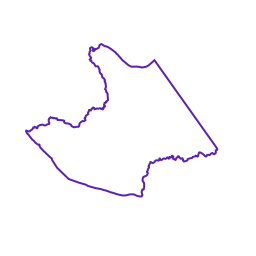 Lalay Gash, Gash Barka, Eritrea, rotated 297°
{"feature_id": "51966322B3150290200372", "entity_name": "Lalay Gash", "entity_type": "district", "adm_level": 2, "iso_a3": "ERI", "parent_name": "Eritrea", "parent_adm1": "Gash Barka", "projection": "albers", "projection_center": [37.404, 14.623], "detail": "fine", "context": "isolated", "style": "outline", "palette": "violet", "viewbox_px": 256, "rotation_deg": 297, "n_neighbors": 0, "source": "geoboundaries", "source_scale": "gbopen_adm2", "svg_char_len": 5708}
<svg xmlns="http://www.w3.org/2000/svg" viewBox="0 0 256 256"><g transform="rotate(297 128 128)"><path d="M79.4,38.5L78.7,38.8L77.8,39.8L77.2,41.0L77.0,42.1L76.2,43.8L75.6,44.9L74.1,48.1L73.9,49.6L73.6,50.6L73.0,51.6L72.4,54.8L72.4,55.6L72.9,56.4L72.9,56.7L71.7,57.5L71.3,57.9L70.4,59.6L70.2,60.4L68.9,63.9L68.8,64.9L68.4,65.9L66.8,71.2L66.3,73.8L65.0,75.0L60.4,82.8L55.6,98.3L57.0,109.0L58.4,116.4L58.2,118.7L59.8,126.8L60.3,128.4L60.7,129.5L61.2,131.2L61.8,135.1L62.3,136.5L62.3,137.6L62.7,139.7L62.8,141.4L63.5,144.5L63.9,147.3L64.4,150.0L65.3,153.5L66.3,155.5L67.3,157.1L69.3,159.3L70.6,161.4L71.6,163.7L71.6,166.4L72.1,168.8L72.7,170.4L73.2,171.1L73.5,171.0L74.3,171.3L74.8,171.3L77.0,169.3L79.2,168.7L79.6,168.8L79.7,169.3L80.3,169.4L80.6,169.8L80.8,169.8L83.3,169.0L84.3,168.3L85.2,168.1L85.9,167.4L86.4,167.2L86.6,166.9L86.9,166.4L87.0,165.7L87.5,165.0L88.2,164.8L88.8,164.4L89.8,164.0L90.8,163.9L91.3,164.0L91.9,164.4L93.7,165.9L94.7,166.3L95.9,166.3L96.8,166.1L97.1,165.8L97.4,164.9L97.7,164.7L99.2,164.9L99.6,164.7L100.0,164.5L101.5,164.6L101.8,164.7L102.5,164.6L102.8,164.5L103.0,163.8L103.6,163.6L106.3,163.6L107.1,163.7L107.8,163.5L108.0,164.0L107.9,165.0L108.0,165.9L108.5,166.5L109.6,167.0L110.6,167.1L111.7,167.5L112.1,167.9L112.6,169.0L112.6,169.8L113.2,170.3L113.6,170.4L114.8,169.9L115.2,170.0L115.3,170.2L115.3,170.5L114.6,171.2L114.4,171.5L114.6,172.3L114.8,172.5L116.7,173.4L117.4,174.2L117.4,175.0L117.5,175.4L118.2,175.9L119.5,176.3L119.7,176.5L119.7,177.1L119.4,177.5L119.3,177.9L119.2,178.2L119.4,178.5L119.6,178.6L120.1,178.7L120.6,178.3L121.0,178.2L121.2,178.5L121.3,179.4L121.8,180.2L122.2,180.3L123.2,179.8L123.4,180.0L123.3,180.7L123.1,181.3L122.7,181.5L121.4,181.9L121.1,182.1L121.1,182.5L121.3,183.0L121.3,183.6L121.3,183.9L121.1,184.2L121.0,184.5L121.1,184.8L121.4,184.9L122.5,184.8L123.7,184.8L124.1,185.0L124.6,185.6L124.9,185.7L125.5,185.5L125.7,185.9L125.7,186.3L125.3,186.8L124.9,187.6L124.6,189.0L124.8,189.4L125.5,189.8L125.7,190.4L124.9,191.3L124.5,191.7L124.1,191.8L123.6,192.6L123.5,192.9L123.6,193.2L124.3,194.0L126.0,195.5L126.3,195.6L127.4,195.4L127.7,195.5L129.1,197.1L129.6,197.6L130.0,198.2L130.3,198.6L131.5,198.8L131.9,199.1L133.2,200.7L134.1,200.9L134.2,201.2L134.0,202.7L134.1,202.9L134.7,203.2L135.1,203.2L136.4,202.7L138.4,202.5L138.9,203.0L139.0,203.6L138.9,206.1L138.5,207.7L138.5,208.0L138.2,208.4L137.9,209.5L138.0,210.5L138.3,210.7L139.8,210.7L140.0,210.9L140.4,211.4L140.7,212.5L140.9,212.9L141.8,213.4L142.4,213.4L142.8,213.5L144.0,214.5L144.0,214.9L143.6,216.0L143.9,216.8L144.9,217.2L145.5,217.2L145.8,217.5L147.2,216.8L147.5,216.5L148.0,216.5L148.5,216.6L148.8,217.2L149.3,217.3L149.9,216.7L150.2,216.7L200.4,120.8L193.5,118.1L191.5,116.8L190.2,115.7L189.8,115.0L188.3,113.1L188.1,112.6L188.1,111.9L187.6,110.9L187.6,110.0L186.9,108.8L186.7,107.8L186.4,107.4L185.5,105.8L185.0,104.8L184.8,104.5L184.5,103.8L184.2,103.3L184.1,101.4L184.2,99.7L185.7,93.2L185.9,92.1L187.3,89.0L187.9,87.2L188.6,85.8L189.1,83.6L189.6,82.8L189.8,82.3L190.1,80.4L190.7,76.8L191.0,73.7L190.7,70.9L190.3,70.1L190.5,68.3L190.7,67.5L190.7,66.1L189.4,65.2L188.8,65.0L188.6,65.2L188.0,65.3L186.4,65.4L185.9,65.3L184.2,64.1L183.6,63.2L182.5,63.1L181.1,62.6L180.9,62.3L180.8,61.8L181.0,61.4L181.9,61.2L183.2,61.5L183.3,61.2L183.5,59.4L183.4,58.9L183.2,58.7L182.1,58.1L181.7,58.0L181.4,58.2L180.6,58.8L180.2,59.3L178.9,59.4L178.3,59.2L177.0,60.0L176.5,59.8L175.9,60.0L175.6,60.2L174.8,61.3L173.9,63.2L173.4,63.3L171.7,62.9L171.6,63.2L171.6,63.5L171.0,63.9L171.4,64.4L171.0,65.1L170.6,65.4L170.1,66.3L170.0,66.8L170.1,67.8L169.9,68.7L168.6,70.5L168.3,71.2L168.5,71.6L169.1,72.6L169.2,73.1L169.1,73.7L168.8,74.0L167.7,75.1L167.7,75.3L167.1,76.3L165.3,77.0L164.6,78.1L164.0,78.5L163.9,78.8L164.0,79.6L163.9,80.0L163.6,80.4L162.8,81.0L162.2,81.7L161.4,82.2L161.3,83.5L160.8,84.8L160.5,85.4L160.2,85.6L159.3,85.7L159.2,85.8L159.1,86.3L157.9,87.1L157.8,87.5L157.7,87.8L156.3,88.5L155.6,89.1L154.6,89.7L152.2,90.0L151.9,91.0L151.7,91.2L150.2,92.3L150.1,93.2L149.6,93.6L149.4,94.1L149.0,94.3L148.5,94.8L148.1,94.8L144.4,97.2L143.8,97.5L143.5,97.5L141.6,96.5L141.4,96.6L141.3,96.8L141.2,97.0L140.9,97.0L139.7,95.8L137.5,96.2L137.4,96.3L137.6,96.5L137.4,97.1L136.9,97.7L136.1,97.2L135.9,97.0L135.5,96.9L135.2,97.2L134.4,97.2L133.2,97.1L133.1,96.9L133.7,96.0L133.5,95.9L133.0,95.8L132.9,95.7L132.8,95.3L132.9,94.4L132.8,94.1L132.6,93.6L131.9,93.1L131.7,92.8L131.2,91.4L131.0,91.0L130.6,90.7L130.2,90.6L129.5,89.6L130.5,88.6L130.4,87.7L129.8,87.3L128.8,87.2L128.0,86.9L126.8,86.9L126.7,86.6L126.9,86.2L126.4,85.2L126.2,85.2L125.8,85.4L124.7,85.6L124.3,85.4L123.6,85.4L123.2,85.6L122.4,86.2L121.8,85.9L121.2,85.7L120.1,85.0L118.9,85.0L118.0,85.3L117.2,84.9L116.8,85.1L116.6,85.7L115.7,86.5L115.5,86.4L115.0,86.1L114.3,85.9L114.1,85.8L113.9,85.4L113.7,84.7L113.4,84.2L112.0,83.4L110.9,83.0L109.9,82.8L109.1,83.0L108.1,83.5L107.8,83.6L107.3,83.6L106.6,83.3L106.0,82.0L104.3,79.9L104.2,79.6L104.2,79.1L104.0,78.1L104.1,76.9L104.2,76.6L105.0,75.8L105.0,74.3L104.9,72.9L104.8,72.5L104.6,71.9L104.1,71.0L103.9,69.7L103.9,68.9L104.0,68.6L104.2,68.4L105.5,67.8L105.3,66.5L105.1,66.0L104.8,65.7L104.7,64.8L104.1,63.8L103.8,62.7L103.2,61.8L103.2,61.5L104.0,60.8L104.2,60.4L104.3,60.1L104.2,59.8L103.6,59.4L103.5,58.7L103.5,57.7L102.8,57.1L102.8,56.7L102.9,55.9L102.2,54.8L102.3,54.2L101.8,54.2L101.1,53.6L100.8,53.5L99.2,53.6L98.2,54.2L97.6,54.7L96.9,55.6L96.4,55.8L95.7,55.8L94.6,54.4L93.0,53.5L92.6,52.8L92.3,52.0L92.3,50.7L92.2,50.2L91.6,49.6L90.8,48.4L88.9,47.0L88.1,46.9L87.1,47.3L86.7,47.2L86.5,46.9L86.4,46.7L86.8,46.5L86.9,46.3L86.6,44.3L85.7,44.2L85.5,43.4L85.1,43.4L84.3,43.5L83.6,43.4L80.2,41.7L79.8,40.9L79.7,39.0L79.4,38.5Z" fill="none" stroke="#5b21b6" stroke-width="2"/></g></svg>